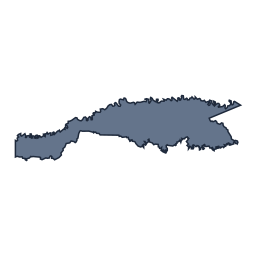 San José Del Guaviare, Guaviare, Colombia
{"feature_id": "7082276B34884302801431", "entity_name": "San José Del Guaviare", "entity_type": "district", "adm_level": 2, "iso_a3": "COL", "parent_name": "Colombia", "parent_adm1": "Guaviare", "projection": "albers", "projection_center": [-71.872, 2.469], "detail": "fine", "context": "isolated", "style": "filled", "palette": "slate", "viewbox_px": 256, "rotation_deg": 0, "n_neighbors": 0, "source": "geoboundaries", "source_scale": "gbopen_adm2", "svg_char_len": 5925}
<svg xmlns="http://www.w3.org/2000/svg" viewBox="0 0 256 256"><path d="M199.6,98.5L197.3,99.2L195.2,96.9L195.2,98.5L194.1,99.2L192.0,96.9L191.5,97.8L189.9,98.2L189.3,99.7L187.5,99.9L187.1,98.5L186.6,98.2L184.9,99.5L183.7,99.0L183.3,95.8L181.9,95.5L181.3,96.3L181.7,97.6L180.5,100.1L179.6,100.1L179.5,98.2L178.4,97.8L177.7,98.2L178.1,99.2L177.2,101.2L172.1,97.3L171.7,97.8L172.0,100.0L171.6,100.6L170.7,100.5L169.9,99.3L168.0,98.7L167.3,98.8L166.2,100.2L163.5,99.2L164.3,100.6L164.1,101.2L161.6,101.1L160.3,101.7L159.9,102.6L158.6,102.9L157.1,102.5L158.2,100.0L157.9,99.2L156.5,99.3L156.4,100.8L155.4,101.7L153.1,100.1L152.2,98.4L150.8,97.4L150.4,98.1L151.1,100.6L149.5,103.1L148.8,102.8L148.9,99.4L146.6,98.7L144.4,99.3L146.4,99.4L146.7,100.4L146.1,101.7L144.1,101.3L140.1,102.4L137.1,102.1L135.1,104.3L134.4,102.7L133.5,102.3L130.1,103.2L127.9,102.5L126.7,101.5L125.8,98.9L124.9,98.1L124.0,98.1L123.5,99.8L120.3,99.1L119.4,99.7L119.0,101.7L119.2,103.4L120.7,105.0L120.1,106.3L118.5,106.1L116.2,103.0L115.3,102.6L114.4,103.5L114.8,105.3L113.9,106.1L112.8,106.2L111.5,104.4L109.9,104.6L108.3,105.7L106.6,108.3L104.8,109.7L102.8,108.7L100.3,109.1L100.7,111.3L100.1,112.3L97.6,112.2L95.6,111.3L95.5,112.7L93.5,112.8L93.1,113.3L93.2,114.0L94.2,114.3L94.2,115.1L92.0,115.8L92.4,119.2L92.0,119.8L91.1,119.7L90.8,117.2L89.5,116.7L87.8,118.5L88.0,120.0L87.3,120.7L86.5,120.5L86.3,118.0L85.4,117.0L83.8,117.4L82.5,119.7L81.1,120.8L79.5,120.5L77.6,119.4L76.9,117.8L75.5,117.6L71.9,120.2L69.8,121.2L68.2,121.3L68.1,123.3L66.1,124.1L65.5,125.1L65.8,126.1L66.6,125.5L67.3,126.0L67.7,127.5L67.2,128.3L65.2,127.2L64.5,128.2L65.0,129.4L63.5,129.2L60.2,132.0L59.3,130.2L58.7,130.9L57.6,131.1L54.6,134.2L54.1,132.3L53.4,132.1L52.4,133.1L53.6,133.8L53.7,134.4L50.8,135.3L50.7,132.9L49.7,133.0L48.1,134.1L47.0,133.8L47.4,132.9L47.1,132.5L46.4,133.7L43.4,134.2L43.7,134.9L45.3,134.9L45.2,136.6L43.4,135.8L41.1,137.4L39.7,135.8L38.9,135.7L38.5,136.0L39.0,136.9L38.7,137.6L37.1,138.3L36.8,137.6L37.9,136.2L37.1,135.1L35.8,135.5L35.5,138.2L34.2,137.9L34.7,136.3L33.1,135.9L32.3,136.5L32.2,138.0L31.4,138.1L31.1,137.3L31.8,135.7L31.0,133.8L30.0,134.1L30.7,136.4L30.4,137.2L29.6,137.2L29.4,136.0L28.7,135.6L26.4,136.0L26.5,137.3L26.0,137.6L25.5,137.4L25.8,136.2L24.9,133.7L21.7,136.1L20.8,135.7L20.7,133.5L18.4,134.5L17.4,135.7L18.7,137.0L17.2,138.1L17.6,140.4L16.6,141.1L15.4,140.4L15.4,157.0L17.1,156.3L19.7,157.0L22.1,156.8L22.6,158.2L25.2,158.5L25.2,159.6L26.4,160.5L26.8,160.3L26.5,158.8L29.4,158.0L30.9,156.4L31.6,156.8L33.0,156.5L39.6,157.1L40.5,157.5L40.4,159.0L42.0,159.7L45.9,157.9L47.2,158.3L49.3,158.0L50.0,156.3L50.8,155.9L51.8,156.5L51.6,158.3L53.2,158.4L54.6,159.8L58.9,157.6L61.4,155.0L60.9,153.1L63.2,150.3L63.0,148.6L64.8,147.1L66.2,143.5L69.7,142.9L71.1,141.0L74.0,141.6L75.2,142.6L75.9,142.2L76.9,140.4L76.9,139.0L77.9,138.1L78.7,133.7L79.8,131.2L80.8,130.7L82.3,131.2L88.8,131.1L93.0,132.2L93.5,132.7L93.8,131.8L94.9,132.5L95.7,132.1L96.6,133.3L99.1,133.5L100.1,134.9L118.9,135.2L119.2,136.4L120.8,136.1L122.2,137.3L126.5,136.8L126.8,137.6L128.3,137.4L128.5,139.0L129.2,139.5L129.9,141.3L130.8,140.9L130.0,140.3L132.0,139.8L132.6,141.3L134.3,141.5L135.2,142.1L135.8,143.5L138.1,146.1L140.6,147.0L142.1,146.5L142.4,145.8L143.7,147.5L143.7,146.0L142.6,145.1L143.8,144.2L145.6,145.1L146.2,144.2L144.4,141.5L145.0,141.5L145.9,142.8L146.8,143.1L148.7,141.5L148.1,139.7L148.9,139.2L149.6,142.0L152.3,142.9L153.7,144.7L155.4,144.1L158.2,144.4L158.3,146.8L159.1,147.0L159.6,148.4L160.4,148.6L161.6,147.5L161.4,149.6L162.2,150.1L161.3,150.6L162.5,151.4L163.1,150.6L163.1,151.6L163.7,151.4L163.9,152.3L165.8,153.0L166.5,151.7L164.9,150.9L164.9,150.3L165.8,150.0L166.5,151.3L167.3,150.4L167.3,148.3L166.4,147.7L166.2,145.5L167.2,144.8L167.6,145.3L172.8,146.0L174.5,144.9L175.3,145.5L176.2,144.9L175.8,143.8L177.1,143.1L176.9,142.1L178.5,141.7L179.3,140.7L179.9,141.2L180.1,140.4L180.8,142.3L181.3,140.5L182.2,139.5L182.0,138.8L182.7,139.3L183.0,138.6L184.6,138.8L185.3,137.6L187.3,136.9L188.6,138.3L187.9,138.5L188.2,139.5L186.4,141.5L188.5,144.1L187.0,145.4L188.6,146.9L188.5,148.9L189.8,147.1L189.0,146.4L189.5,146.1L192.8,147.9L192.1,148.6L191.3,147.9L191.3,148.8L193.1,148.9L193.8,147.6L192.9,146.6L193.3,146.2L193.3,145.5L192.8,145.3L193.2,144.9L194.0,145.1L195.4,146.5L196.8,146.5L197.0,145.6L198.1,145.7L198.9,147.1L199.2,146.0L199.5,149.9L200.6,149.4L200.5,148.1L201.8,147.5L203.1,148.6L203.0,149.3L203.6,149.3L204.3,148.2L202.8,147.3L202.0,146.1L204.4,144.5L204.9,145.0L204.0,146.0L206.1,146.5L209.0,146.1L210.0,148.1L212.0,147.7L211.8,148.6L212.2,149.2L212.7,148.1L213.3,149.4L213.1,150.1L214.1,150.7L214.2,149.4L216.1,148.9L215.9,147.0L217.9,146.5L217.2,147.6L217.4,148.3L219.0,148.0L218.8,146.9L220.2,147.1L220.7,147.9L222.0,146.8L223.3,146.9L223.7,147.5L224.9,146.1L224.3,144.8L225.2,145.0L225.2,145.9L225.7,146.2L226.3,144.8L227.3,144.7L226.7,143.8L227.3,143.4L228.0,143.8L228.6,143.0L230.6,144.1L230.1,144.8L228.8,144.4L229.8,145.2L233.8,143.9L233.6,142.2L234.6,141.7L235.7,143.5L236.6,143.4L237.2,144.0L237.9,142.4L237.4,141.0L235.5,140.4L234.6,140.8L231.5,139.1L231.1,136.6L227.9,131.5L227.9,130.0L226.5,129.1L226.0,127.8L224.1,126.8L223.2,125.4L222.9,123.3L221.5,122.9L219.9,124.3L217.3,123.4L216.6,121.7L215.6,120.7L213.0,121.7L212.0,121.0L211.0,121.5L210.1,120.5L209.2,118.2L240.6,105.2L234.5,101.4L233.8,101.7L233.1,104.4L232.1,104.9L231.3,103.6L231.1,100.9L229.3,100.2L229.0,101.0L230.7,102.8L230.7,104.1L229.5,105.7L227.8,105.9L227.3,107.4L225.8,108.8L225.0,107.9L225.3,105.7L224.7,104.7L222.6,106.5L218.5,107.2L218.3,106.5L219.7,105.5L219.6,104.6L218.8,103.5L217.7,103.4L216.1,104.3L214.4,106.0L214.0,105.5L215.5,102.8L215.2,101.9L213.5,101.1L214.3,104.4L213.2,104.8L212.2,103.5L211.4,100.8L209.7,100.2L209.2,101.5L210.4,103.4L209.6,105.2L208.8,105.4L207.8,104.3L208.8,103.1L208.4,101.4L205.9,102.3L204.3,100.3L203.1,101.0L200.9,100.6L200.4,99.1L199.6,98.5Z" fill="#64748b" stroke="#1e293b" stroke-width="1.5"/></svg>